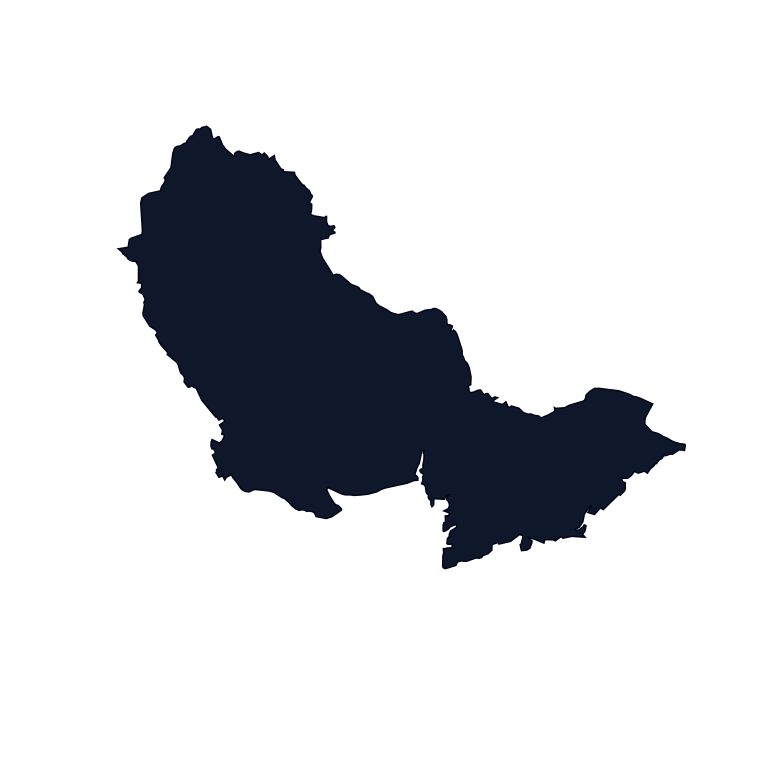 outline of Bereni, Mures, Romania, rotated 296°
{"feature_id": "2599482B23493570355811", "entity_name": "Bereni", "entity_type": "district", "adm_level": 2, "iso_a3": "ROU", "parent_name": "Romania", "parent_adm1": "Mures", "projection": "orthographic", "projection_center": [24.864, 46.565], "detail": "fine", "context": "isolated", "style": "filled", "palette": "ink", "viewbox_px": 768, "rotation_deg": 296, "n_neighbors": 0, "source": "geoboundaries", "source_scale": "gbopen_adm2", "svg_char_len": 6135}
<svg xmlns="http://www.w3.org/2000/svg" viewBox="0 0 768 768"><g transform="rotate(296 384 384)"><path d="M456.0,683.2L460.4,681.9L461.5,681.2L461.7,680.7L460.1,676.3L459.2,670.8L459.0,667.4L459.5,661.7L459.1,657.8L459.5,656.1L459.6,651.7L458.5,645.8L461.9,636.9L462.7,635.8L465.7,634.4L468.7,633.6L483.9,634.3L483.5,620.0L483.0,616.2L482.1,613.2L482.4,609.6L480.9,598.3L474.3,579.0L472.2,575.0L467.6,572.2L462.8,570.5L458.6,571.5L456.4,571.0L445.7,559.5L441.9,556.9L437.3,548.9L437.5,547.5L434.6,549.5L428.9,545.8L422.8,540.5L422.5,538.8L423.1,537.1L421.8,533.0L421.4,529.0L420.0,526.6L419.4,521.8L421.4,515.9L420.0,508.0L418.0,507.3L417.9,504.6L418.8,504.5L421.4,501.4L417.5,499.4L415.6,488.7L421.5,492.1L421.0,489.3L418.2,487.2L420.9,481.7L420.5,480.5L418.2,478.4L421.0,473.4L419.5,471.1L415.9,468.0L414.5,466.1L414.1,464.3L419.7,460.5L421.3,462.3L428.6,459.1L436.0,453.4L439.1,449.8L440.5,445.9L441.9,444.8L444.7,441.3L447.8,439.9L449.8,438.3L460.5,428.0L462.5,425.1L463.1,422.8L461.5,422.7L460.9,420.7L466.0,420.2L466.2,417.5L465.3,416.1L465.9,414.1L469.5,412.2L471.9,409.9L474.2,404.0L474.6,400.6L474.4,397.2L473.4,395.2L471.7,393.9L468.4,388.7L462.2,383.3L461.5,381.9L461.4,380.0L461.8,377.2L453.0,367.1L452.4,365.8L451.2,359.0L452.0,354.1L452.2,345.5L453.1,341.4L457.7,335.4L458.5,330.8L458.1,328.0L458.4,322.9L457.9,322.0L459.4,319.6L459.8,317.6L459.1,311.0L462.6,297.7L462.7,295.7L461.6,292.8L459.4,290.9L470.2,273.6L475.0,268.5L479.1,267.3L485.0,264.2L486.4,264.2L490.9,269.9L493.6,269.4L495.6,270.9L498.0,273.6L498.8,273.5L499.3,270.2L499.8,269.8L500.7,270.7L503.2,271.2L504.3,269.6L502.3,267.1L501.9,265.0L502.2,263.7L504.7,261.2L509.4,258.9L508.8,258.0L507.5,257.8L504.5,247.6L504.1,243.8L509.2,242.4L513.9,240.2L514.1,237.4L521.3,237.4L521.8,236.9L522.5,234.9L524.9,232.4L526.1,227.5L527.5,225.2L527.5,222.9L528.8,220.1L532.8,212.4L535.0,210.7L530.7,200.7L532.4,199.7L532.2,196.9L537.8,187.7L541.3,185.3L535.5,181.8L537.6,179.4L539.1,175.1L537.2,174.4L536.4,173.4L537.1,169.8L531.3,163.2L530.0,156.2L529.7,151.5L528.6,150.2L526.4,148.9L522.8,149.3L525.7,138.6L528.1,134.1L533.8,127.7L533.7,126.5L529.4,123.9L530.3,121.7L536.8,116.6L537.9,111.5L536.1,110.0L535.9,109.0L534.5,107.8L532.2,107.0L532.0,105.6L531.1,104.3L530.0,103.7L523.4,103.2L521.5,101.3L519.9,101.7L519.3,100.7L518.0,100.9L516.0,100.2L514.1,100.8L512.7,99.0L508.5,96.4L506.7,93.6L504.1,92.3L498.7,93.1L485.0,97.7L473.4,96.1L472.9,96.1L471.7,98.1L467.9,98.3L463.8,97.6L459.5,98.3L452.1,88.9L445.1,84.8L439.8,86.1L416.2,99.5L412.3,100.9L404.5,93.1L402.1,91.8L394.8,94.1L389.0,85.9L387.8,90.9L386.7,91.7L385.5,97.3L384.1,99.3L383.9,103.0L385.3,107.1L383.0,110.8L381.7,112.0L368.8,118.2L367.0,118.0L368.0,121.5L367.7,122.3L366.4,123.0L364.1,124.0L360.1,123.1L359.4,123.5L359.0,128.0L355.2,132.4L352.1,132.4L350.1,134.0L341.9,136.3L339.7,137.8L333.3,148.2L332.6,154.4L331.5,157.0L330.9,157.6L327.8,157.4L325.0,161.6L322.9,163.8L321.0,167.1L317.7,175.2L316.9,176.1L315.4,176.3L312.7,188.0L311.7,189.9L304.8,196.4L303.9,199.5L302.8,201.3L301.2,202.5L298.2,203.4L295.2,209.5L296.4,211.0L298.2,212.0L297.7,214.0L297.9,217.1L289.5,227.4L280.5,247.2L281.2,247.7L279.2,251.5L282.2,253.9L281.2,257.4L275.1,254.1L271.8,259.1L267.8,260.2L268.1,262.6L267.6,263.3L262.1,263.4L258.8,262.0L258.7,253.8L256.0,254.1L252.3,255.7L250.2,258.0L251.2,259.1L247.9,263.1L244.9,260.9L235.7,272.1L233.5,271.0L232.4,272.4L230.9,271.7L227.8,276.6L230.7,279.3L227.9,282.9L231.2,283.3L235.6,286.6L233.7,289.0L230.9,295.1L227.3,301.1L226.7,303.6L226.7,306.5L227.5,309.3L228.1,310.2L231.6,313.0L232.8,314.6L237.5,327.7L238.3,332.3L237.2,342.8L237.5,344.8L235.9,350.6L234.2,354.5L233.0,359.8L233.3,363.4L234.9,365.1L235.6,367.3L235.8,370.8L237.0,372.3L237.9,375.7L237.5,378.2L235.1,381.1L237.8,391.1L241.9,395.4L251.9,401.0L253.0,400.6L254.7,396.3L254.3,393.5L255.1,391.3L260.0,383.5L263.2,379.5L265.3,378.4L266.3,379.6L266.6,393.8L267.3,397.5L269.8,402.9L270.7,405.9L274.2,412.0L278.1,418.1L283.9,424.8L288.3,427.9L291.1,430.7L305.0,448.3L310.4,453.3L312.3,456.6L314.4,455.7L315.5,454.4L316.1,451.4L323.9,450.3L328.1,450.5L340.7,447.3L341.5,449.4L339.3,449.5L338.1,451.0L333.2,453.1L328.3,454.4L325.3,456.0L323.5,454.5L322.3,454.1L321.6,454.4L320.5,456.2L320.4,458.8L319.9,459.3L317.1,459.6L314.7,461.1L310.8,461.5L311.0,464.2L310.2,466.0L305.7,469.0L304.2,470.8L303.5,472.8L301.8,473.3L300.4,474.6L299.8,477.1L296.1,479.1L294.7,480.9L296.7,481.6L297.7,481.4L302.8,479.1L306.9,488.9L308.2,488.2L308.9,489.5L311.8,488.7L313.0,491.0L311.7,490.4L307.5,491.0L306.8,493.1L304.7,495.4L302.8,496.3L300.1,496.4L296.2,493.4L296.7,499.2L296.4,499.5L294.0,499.8L292.3,496.9L287.0,499.7L285.5,498.6L283.0,499.1L278.5,501.2L277.6,502.1L278.4,503.2L281.1,505.1L284.7,506.2L289.3,510.1L287.5,512.3L281.0,508.3L277.9,508.5L275.6,509.4L272.8,508.8L268.1,510.5L268.0,511.6L269.5,515.2L269.0,516.2L267.1,516.7L265.8,515.5L264.1,512.3L262.6,511.3L262.6,510.2L262.1,509.5L258.1,511.8L255.8,512.1L246.1,516.5L245.0,517.6L244.7,519.2L245.2,520.4L252.4,528.1L256.0,528.0L257.3,529.1L259.1,531.4L259.8,533.8L261.0,536.0L268.4,543.4L268.8,545.6L270.4,547.4L271.8,548.1L273.0,547.9L277.0,551.9L281.9,553.8L286.5,551.7L287.5,551.9L291.6,556.1L290.5,557.4L298.0,566.7L307.6,571.6L308.4,573.5L308.6,574.9L308.1,575.6L300.5,577.5L299.3,576.8L294.5,580.6L297.3,585.1L300.3,587.0L306.3,586.5L307.8,585.8L308.7,581.8L309.4,580.7L310.6,588.3L311.1,597.5L314.4,596.8L316.0,599.6L318.1,604.5L318.1,606.8L323.0,609.2L324.5,610.7L324.6,611.2L323.8,612.4L329.4,619.6L334.4,631.9L335.9,628.5L340.1,629.1L345.2,627.7L345.3,626.0L344.6,625.5L343.4,625.6L338.3,623.4L336.7,620.2L337.2,619.7L338.0,619.7L340.5,622.3L347.5,623.1L355.0,621.1L364.9,622.8L365.5,623.5L364.8,624.1L357.9,623.5L359.0,630.4L367.5,632.7L367.2,636.1L387.6,643.4L387.6,645.2L393.6,647.1L395.7,646.8L401.0,644.1L400.8,641.8L402.0,639.9L403.6,638.9L405.5,643.3L406.5,644.6L410.0,646.4L415.2,647.4L415.3,651.5L419.9,656.4L419.3,659.8L424.6,660.6L428.8,662.5L430.9,662.7L431.9,663.8L435.7,664.3L439.2,666.5L441.3,666.6L443.3,668.3L443.6,669.3L446.5,671.8L447.3,674.1L453.9,677.9L455.5,681.2L456.0,683.2Z" fill="#0f172a" stroke="#020617" stroke-width="1.5"/></g></svg>